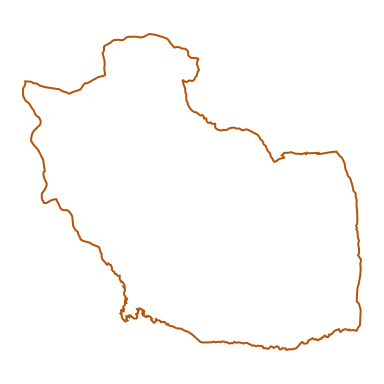 outline of El Castillo, Meta, Colombia
{"feature_id": "7082276B77029977474757", "entity_name": "El Castillo", "entity_type": "district", "adm_level": 2, "iso_a3": "COL", "parent_name": "Colombia", "parent_adm1": "Meta", "projection": "robinson", "projection_center": [-73.882, 3.627], "detail": "fine", "context": "isolated", "style": "outline", "palette": "amber", "viewbox_px": 384, "rotation_deg": 0, "n_neighbors": 0, "source": "geoboundaries", "source_scale": "gbopen_adm2", "svg_char_len": 5951}
<svg xmlns="http://www.w3.org/2000/svg" viewBox="0 0 384 384"><path d="M25.3,81.3L25.3,83.9L24.6,86.1L23.9,86.9L23.0,89.0L23.2,96.1L25.3,100.4L28.8,103.2L30.2,105.0L31.2,107.1L33.9,110.7L35.1,114.0L36.4,115.7L39.1,117.6L40.5,120.5L40.7,121.7L40.4,124.1L39.8,125.0L34.1,130.5L32.3,133.3L31.2,138.0L31.1,140.3L31.4,141.5L33.8,145.0L37.5,149.1L38.7,150.9L42.9,159.3L43.6,162.0L44.0,166.6L44.9,170.8L43.5,172.1L43.5,175.7L45.0,180.1L46.6,183.2L46.6,185.5L45.3,188.8L41.9,193.4L41.7,197.1L42.3,200.2L43.1,200.8L43.8,202.9L46.2,203.2L50.7,200.5L53.4,199.5L56.3,199.2L57.1,201.5L58.9,204.4L60.1,207.6L61.5,209.4L63.6,210.1L66.7,210.1L68.6,210.9L71.3,214.5L72.3,216.7L73.2,226.1L75.4,230.0L77.9,232.0L78.2,234.2L79.9,237.4L80.6,239.4L82.8,240.8L90.0,242.8L90.8,243.2L91.4,244.0L99.1,247.2L100.8,253.0L101.6,253.7L101.6,257.1L102.7,259.9L104.9,262.1L106.6,264.5L107.0,264.7L108.2,263.3L109.4,264.6L110.6,264.9L111.1,265.4L112.1,268.4L111.7,269.6L113.0,271.2L114.5,272.1L114.8,273.7L116.0,273.9L117.8,275.9L119.7,275.8L119.7,279.6L121.0,280.7L121.1,281.8L122.4,281.9L122.9,282.5L124.2,284.8L124.9,287.0L124.7,287.6L123.8,287.2L125.1,289.3L123.9,293.4L124.1,294.8L125.7,297.0L125.5,298.5L127.0,298.7L126.7,299.7L125.4,299.6L125.4,300.5L126.1,301.1L125.9,302.0L126.4,303.0L126.1,303.1L124.9,302.2L125.0,304.6L123.2,306.9L123.3,308.0L124.1,308.8L124.1,309.3L123.3,310.0L123.7,311.1L122.8,311.5L122.5,311.1L122.4,309.9L122.1,309.7L121.3,310.0L121.0,311.2L121.4,312.9L121.4,313.2L120.4,313.6L121.6,315.0L121.9,315.7L121.7,316.9L123.0,319.4L124.0,320.1L124.7,321.2L125.4,321.5L127.6,320.5L126.2,319.1L126.8,317.4L126.4,316.3L127.0,316.2L127.6,317.0L128.8,315.7L129.3,316.6L129.5,315.4L130.9,315.6L131.5,317.0L132.4,317.1L133.1,318.0L134.5,318.6L136.6,318.5L137.1,317.7L137.3,316.5L136.1,314.1L136.4,313.7L137.8,313.7L138.1,312.1L138.0,310.6L137.0,309.1L138.2,308.8L138.9,309.7L139.2,308.6L139.7,308.3L144.2,310.8L144.2,311.3L142.5,311.6L142.7,312.9L144.0,313.3L144.2,313.9L143.6,314.3L142.5,314.1L142.8,314.9L143.9,315.9L145.8,316.9L146.3,316.4L146.5,316.9L147.7,316.7L148.3,315.8L150.9,317.2L151.2,318.1L152.0,318.7L151.1,319.7L153.8,322.7L154.6,322.7L155.9,320.6L155.8,319.3L156.1,319.0L157.1,320.2L160.1,320.7L160.9,322.0L161.2,321.7L162.3,322.1L164.6,321.9L166.4,324.4L167.3,324.7L167.9,323.9L168.8,325.1L170.0,325.9L172.9,326.4L176.8,328.3L181.6,328.8L184.2,330.5L187.8,331.7L191.8,334.2L200.6,342.1L203.4,342.5L211.8,342.3L214.0,341.5L215.3,342.3L218.9,341.7L220.6,342.2L222.4,341.4L224.0,341.6L225.3,342.4L226.6,342.1L229.5,343.6L231.0,343.0L232.8,343.3L234.2,341.9L236.2,342.7L238.8,342.4L242.1,343.0L243.4,343.6L245.7,342.8L247.4,343.0L248.7,343.9L250.5,344.5L251.9,345.6L253.9,345.4L256.1,346.3L257.7,345.6L259.7,346.1L260.9,345.7L261.9,345.9L262.8,346.5L262.9,347.6L263.5,348.1L264.4,347.9L266.3,348.5L268.4,348.7L270.9,346.4L271.7,346.5L273.7,347.9L276.5,346.5L277.6,346.3L278.5,346.9L279.1,348.6L279.9,349.4L280.9,349.4L282.2,348.2L284.1,348.5L285.1,348.2L285.6,348.4L286.4,349.9L288.4,349.6L289.4,349.0L292.1,349.5L293.4,348.8L295.6,348.6L297.1,347.4L301.8,342.1L302.3,342.0L304.1,343.7L307.0,343.4L307.8,342.4L308.2,340.8L312.3,338.4L312.8,338.3L313.6,339.1L315.1,339.6L316.2,339.1L317.2,340.0L318.3,340.1L320.5,338.6L321.4,338.8L322.0,337.6L323.3,337.0L324.4,335.6L325.5,335.8L326.3,337.0L328.0,337.1L328.7,336.5L328.7,334.9L329.1,334.5L330.5,334.8L331.3,333.9L332.1,333.7L334.2,331.1L335.6,330.3L337.8,329.7L338.5,329.1L339.1,329.4L340.1,331.8L341.0,331.7L343.0,329.8L343.8,329.8L345.2,329.1L348.8,330.1L349.4,329.6L350.1,330.4L352.2,330.1L354.5,330.2L356.2,330.8L356.8,330.6L357.8,327.9L359.6,325.8L360.0,324.5L360.7,309.9L359.0,304.0L358.5,303.0L357.0,301.8L356.7,300.3L357.5,287.7L358.7,284.1L360.3,274.9L360.7,269.1L360.3,263.6L361.0,260.7L360.8,259.2L358.0,255.3L359.1,252.9L359.0,248.6L358.1,244.3L359.0,240.7L357.9,237.6L357.4,231.3L357.1,230.2L356.4,229.4L356.9,227.7L356.1,225.8L357.0,224.0L357.3,222.5L357.3,214.7L356.5,205.0L356.7,200.0L355.7,196.7L355.6,193.2L353.4,190.7L352.2,184.8L350.2,178.4L347.6,175.5L347.5,174.0L345.4,169.0L344.6,163.4L342.0,157.7L339.6,156.0L338.5,154.1L336.8,152.4L336.6,151.6L331.1,152.1L319.9,154.0L317.7,153.9L318.3,152.9L307.8,153.3L307.2,152.7L306.1,154.1L305.1,153.0L303.7,153.6L301.8,153.8L301.3,154.2L300.6,153.9L295.1,153.6L291.3,152.2L287.9,152.8L284.3,152.8L281.9,155.3L282.8,155.7L284.0,157.7L279.5,158.9L277.9,159.8L276.7,161.0L274.4,161.9L272.9,160.0L272.3,158.3L271.5,157.7L270.8,156.5L270.0,153.2L267.6,150.8L265.6,145.8L263.8,144.5L262.4,140.8L260.4,139.4L259.5,137.3L257.7,134.8L256.9,134.4L247.9,129.7L246.3,129.4L242.0,130.3L239.6,128.5L236.6,128.6L233.8,127.5L229.6,128.2L226.4,130.0L222.8,129.9L220.7,130.5L217.7,129.7L215.3,127.7L215.0,126.6L215.3,124.5L215.1,123.8L211.6,123.7L210.7,122.4L209.3,122.9L207.9,122.6L206.6,121.4L206.4,118.7L206.0,118.4L204.2,118.6L203.8,118.0L203.9,116.9L202.2,115.0L201.0,115.6L200.3,115.5L196.6,112.4L194.3,112.1L191.6,110.2L189.4,107.5L188.1,105.0L187.5,102.4L186.5,100.8L186.2,97.6L186.3,94.4L185.2,91.9L185.3,88.6L183.8,85.2L182.6,80.7L182.8,80.3L183.3,80.3L184.7,81.6L186.3,82.0L187.1,81.9L188.6,80.7L189.6,80.5L192.1,80.9L193.2,80.6L194.5,79.4L195.2,77.3L196.3,76.4L196.9,75.4L197.0,73.8L197.5,73.0L197.8,71.4L199.0,70.2L197.2,65.1L197.0,63.3L197.3,61.5L197.6,60.4L198.4,59.5L197.8,58.3L191.0,57.8L188.6,55.8L188.2,54.9L188.1,51.8L187.4,50.7L185.9,49.2L184.2,48.6L181.8,48.6L181.2,48.0L177.9,46.9L174.2,47.5L170.4,42.9L168.3,39.9L166.8,38.6L164.7,37.7L155.8,34.9L150.9,34.1L148.8,34.1L144.0,36.7L140.8,37.5L136.1,36.7L128.1,36.8L126.4,37.5L123.5,39.8L122.0,40.3L118.1,39.7L113.7,40.2L111.6,41.6L110.5,42.8L105.0,45.6L103.9,46.7L104.1,50.0L102.6,53.3L104.4,60.2L104.7,64.4L104.2,68.6L105.1,74.9L104.2,75.6L98.0,77.2L87.3,83.2L85.1,83.2L83.4,84.9L80.9,88.8L80.1,89.6L72.6,92.1L69.8,93.6L69.1,93.7L67.3,92.7L62.7,91.3L59.3,89.3L45.0,87.1L38.9,85.3L38.2,84.4L36.4,83.5L33.2,83.1L31.4,81.8L25.3,81.3Z" fill="none" stroke="#b45309" stroke-width="2"/></svg>